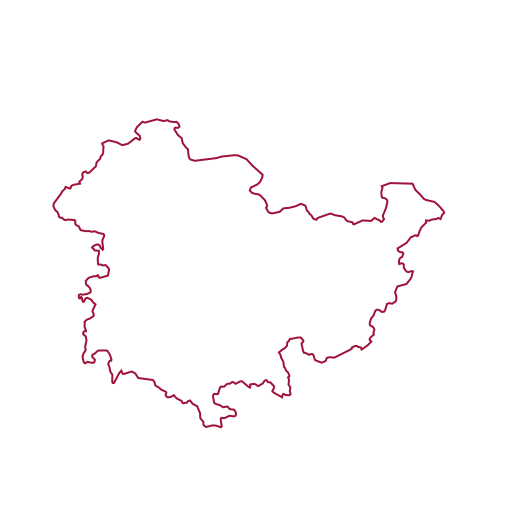 map outline of Thüringen (Albers equal-area conic projection), rotated 346°
{"feature_id": "DEU-1577", "entity_name": "Thüringen", "entity_type": "State", "adm_level": 1, "iso_a3": "DEU", "parent_name": "Germany", "parent_adm1": "", "projection": "albers", "projection_center": [10.909, 50.922], "detail": "fine", "context": "isolated", "style": "outline", "palette": "rose", "viewbox_px": 512, "rotation_deg": 346, "n_neighbors": 0, "source": "natural_earth", "source_scale": "10m", "svg_char_len": 6032}
<svg xmlns="http://www.w3.org/2000/svg" viewBox="0 0 512 512"><g transform="rotate(346 256 256)"><path d="M75.0,171.2L74.3,170.1L74.5,168.1L73.8,164.9L72.3,163.1L71.6,159.5L71.5,158.6L72.5,156.1L82.2,148.1L83.8,146.3L86.7,144.7L88.0,142.9L91.7,145.6L92.3,145.5L93.9,143.2L96.0,142.8L102.8,143.2L102.5,141.2L106.0,139.3L107.3,136.7L107.0,135.3L107.3,134.4L108.4,133.1L111.2,132.7L112.4,134.7L114.3,134.8L122.4,130.2L123.9,126.7L128.5,123.7L129.3,122.0L131.6,120.4L132.6,119.0L134.6,112.5L133.9,110.4L134.0,109.5L140.5,108.2L141.7,108.5L148.3,112.0L153.1,116.1L159.0,116.1L167.4,112.4L168.2,112.5L171.1,115.1L172.2,114.1L172.3,111.4L168.9,106.3L169.2,105.0L171.6,102.2L178.3,98.3L180.4,99.7L192.8,99.4L198.9,102.7L203.0,102.8L204.7,104.5L209.3,106.4L211.1,106.5L212.2,107.8L212.9,109.7L213.1,111.7L212.5,112.4L211.3,112.8L208.6,111.9L207.5,113.0L207.6,114.2L209.6,119.9L212.4,123.7L212.2,128.8L214.3,133.7L215.8,136.0L215.0,141.1L214.8,144.6L216.0,146.7L219.6,148.8L240.9,151.4L246.7,151.2L259.5,153.0L263.1,154.2L270.3,159.9L274.1,167.0L282.1,178.8L280.9,181.5L278.1,184.9L274.6,186.9L267.6,188.3L265.8,191.1L267.4,193.7L270.5,195.7L273.5,196.8L274.9,198.4L277.9,203.5L278.8,207.0L279.0,210.2L277.4,211.7L278.4,215.8L279.8,217.6L282.1,218.6L289.7,218.9L293.9,216.4L300.3,217.3L306.7,217.3L312.2,216.2L315.9,218.9L316.2,219.8L316.4,224.2L317.7,226.3L318.1,227.9L319.7,230.3L320.5,233.3L322.4,235.0L323.4,235.4L325.1,234.0L337.6,232.8L339.2,233.1L342.2,235.4L349.1,238.4L351.1,240.2L352.0,242.8L353.2,244.3L357.8,246.7L358.1,248.6L358.5,249.0L368.1,247.3L376.2,249.8L380.1,247.7L384.5,251.3L385.6,253.2L386.7,253.2L389.2,251.1L388.6,249.2L388.9,247.4L393.6,241.1L396.7,235.0L396.7,233.5L396.0,232.1L394.9,231.0L392.6,230.0L392.3,229.3L392.9,224.7L395.2,220.4L394.9,218.7L403.8,217.7L425.4,223.7L426.6,230.3L431.0,237.6L432.5,240.9L434.4,242.7L442.3,246.7L445.8,251.9L448.9,258.1L448.9,259.8L446.6,261.1L444.0,264.8L442.1,263.2L439.9,263.7L435.4,263.2L432.3,263.7L429.6,262.6L429.0,264.9L423.4,268.2L420.6,271.7L418.2,275.5L417.3,275.6L417.3,275.1L415.7,274.5L410.7,275.3L405.3,279.7L395.2,282.9L395.1,285.2L396.8,287.1L399.1,288.0L399.6,289.3L397.5,292.3L395.6,292.7L394.2,294.0L393.2,296.5L393.1,298.5L395.5,298.2L397.0,299.3L397.3,300.0L396.6,303.1L397.6,306.2L398.6,307.8L400.1,308.5L403.3,308.3L404.6,308.9L401.8,313.9L400.3,315.7L395.2,319.6L385.9,319.7L382.1,324.8L382.4,329.2L381.4,332.6L380.4,333.9L376.6,335.2L373.6,333.9L371.4,334.3L368.3,339.6L366.9,341.0L364.5,340.7L362.5,338.3L361.5,337.7L360.2,337.4L358.6,337.9L355.7,342.1L352.4,344.6L350.1,348.7L349.8,349.9L350.1,351.2L352.2,352.9L352.9,354.5L353.0,356.4L351.5,358.5L351.2,360.9L347.9,362.4L346.3,363.8L346.0,365.1L347.2,366.9L342.6,369.7L335.8,372.3L335.7,370.2L333.0,368.9L331.9,367.5L330.2,367.3L326.9,368.0L326.4,369.2L323.9,369.9L307.3,373.6L303.1,372.0L300.1,372.0L298.2,374.7L293.9,375.4L288.5,371.6L288.1,371.0L287.7,366.0L287.0,364.8L285.4,364.4L283.7,364.8L280.5,362.0L279.1,361.5L278.7,359.4L279.0,352.1L281.1,350.4L281.5,349.5L279.8,346.0L277.5,345.3L268.6,344.8L267.3,346.5L265.5,347.3L264.3,350.6L261.5,352.5L258.8,353.2L254.9,355.1L256.0,358.6L255.7,360.3L256.9,365.0L256.4,370.4L257.1,371.9L257.3,374.1L259.0,376.9L259.4,380.2L259.2,380.9L257.8,381.4L258.1,384.0L256.5,388.5L257.5,392.0L256.0,395.7L256.2,397.8L256.0,398.7L254.4,399.1L251.2,398.1L249.3,396.4L248.5,396.8L247.1,399.4L240.2,392.9L239.1,391.1L241.8,388.0L242.0,386.8L239.4,382.1L237.1,381.4L236.3,379.1L235.8,378.8L233.8,379.3L232.0,381.2L227.0,382.7L225.9,382.3L225.2,381.1L223.5,379.7L219.7,379.2L219.1,379.5L218.8,381.5L218.3,382.2L216.9,381.0L212.0,374.0L209.8,373.9L205.3,375.1L203.5,372.9L202.4,372.5L200.2,373.5L197.0,373.1L193.3,375.1L190.3,374.2L189.0,375.3L185.9,380.5L185.0,380.7L182.1,379.7L180.9,380.5L180.3,381.8L179.9,388.4L181.0,389.7L184.8,392.0L187.5,394.8L191.7,395.1L192.4,395.8L193.0,397.5L193.6,398.3L197.6,399.8L198.5,402.6L198.3,405.0L197.5,406.0L195.9,406.3L191.6,404.6L186.0,405.7L183.2,404.7L182.2,405.9L181.5,413.0L180.6,413.7L175.9,410.8L172.4,409.8L166.0,409.8L164.3,407.4L164.2,406.3L164.7,404.9L164.7,404.1L162.9,400.3L162.8,399.5L163.7,394.8L162.5,387.4L158.9,384.3L157.0,380.2L154.7,380.5L153.4,381.6L149.3,381.1L148.7,378.6L144.9,375.3L143.8,373.7L142.6,371.2L139.1,372.1L136.4,371.9L135.3,371.0L134.6,369.0L135.8,367.2L136.0,366.7L135.6,365.9L131.9,362.9L129.5,359.6L127.5,357.9L127.0,356.8L127.0,353.7L126.4,352.0L125.6,351.2L112.2,345.9L110.4,340.7L107.5,338.0L99.4,338.5L98.1,338.0L97.6,334.7L95.2,336.3L87.5,344.8L86.4,344.7L86.1,344.1L86.2,342.6L87.9,336.5L86.7,333.0L86.9,327.7L86.4,325.2L88.2,322.7L89.1,322.2L90.2,322.5L90.7,321.6L90.4,316.5L89.0,312.5L88.1,311.5L79.9,309.5L76.1,311.6L73.3,312.4L72.8,313.4L72.8,314.6L74.6,317.5L73.7,319.6L72.8,320.2L70.9,320.0L66.9,317.9L64.3,318.8L63.3,317.9L63.1,313.5L63.6,311.3L65.3,308.5L66.8,307.4L68.1,305.7L68.1,303.1L71.1,296.9L71.4,292.9L69.4,290.1L70.2,288.0L72.0,287.3L72.8,287.8L73.0,287.3L72.5,282.9L73.6,279.9L73.5,278.8L74.7,277.7L76.8,276.8L79.6,276.5L83.9,274.9L84.3,274.1L84.4,272.0L83.9,270.3L84.3,269.3L88.6,264.1L86.9,261.9L85.4,258.3L82.1,255.7L80.1,256.0L78.2,258.5L77.3,258.8L76.7,257.0L76.9,254.5L76.7,253.7L76.3,253.5L75.2,254.6L74.3,254.3L74.1,253.5L74.4,251.5L74.8,250.9L76.5,250.6L77.9,251.5L82.8,252.0L86.7,251.2L87.3,249.4L87.0,246.7L85.6,244.2L84.7,243.5L84.3,242.1L84.7,239.1L88.2,236.7L94.1,236.4L95.6,237.0L97.9,236.3L98.3,237.1L98.1,238.5L99.6,239.5L107.6,239.2L110.1,233.8L110.2,233.1L109.7,231.5L108.0,228.5L105.1,228.1L103.4,226.7L101.0,226.2L100.8,225.4L101.7,220.5L102.4,218.7L104.2,215.8L104.8,212.9L100.8,211.6L100.0,209.5L98.9,208.3L100.1,207.2L103.1,206.4L105.5,206.5L107.1,208.6L107.1,210.4L108.2,211.5L108.6,212.9L108.9,212.8L109.5,211.9L110.3,205.1L111.1,202.9L113.2,200.4L113.8,198.8L113.4,197.8L108.8,195.5L105.5,193.0L102.2,192.7L100.1,191.4L97.1,190.8L92.4,188.7L91.9,188.0L91.3,184.5L89.2,182.7L88.5,181.4L88.5,180.3L89.2,178.5L88.6,177.2L82.2,175.1L79.7,175.1L78.1,173.8L77.0,172.0L75.0,171.2Z" fill="none" stroke="#9f1239" stroke-width="2"/></g></svg>